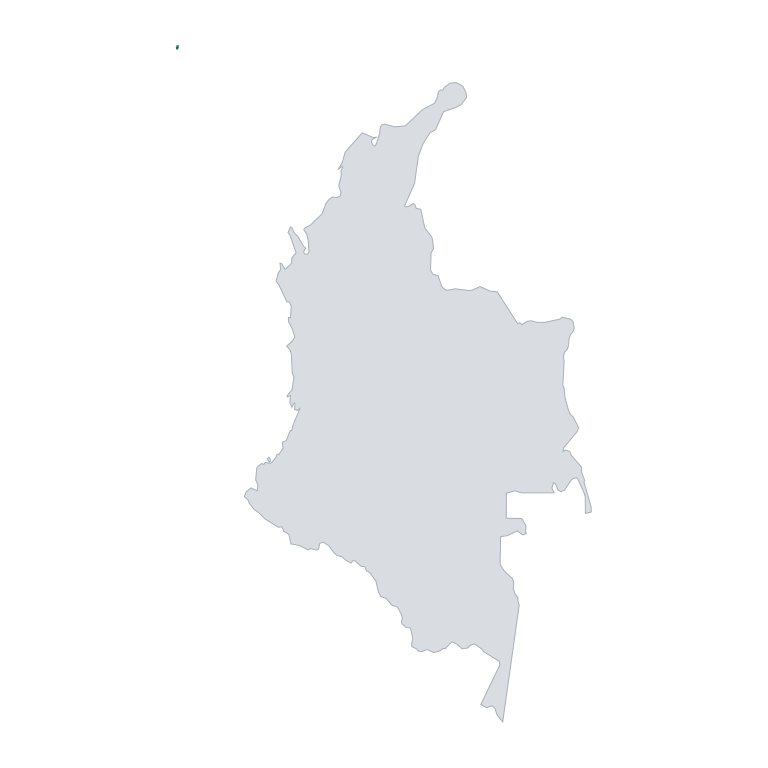 Providencia (Santa Isabel), San Andrés y Providencia, Colombia shown in context
{"feature_id": "7082276B29529138088476", "entity_name": "Providencia (Santa Isabel)", "entity_type": "district", "adm_level": 2, "iso_a3": "COL", "parent_name": "Colombia", "parent_adm1": "San Andrés y Providencia", "projection": "equal_earth", "projection_center": [-81.369, 13.358], "detail": "medium", "context": "in_parent", "style": "filled", "palette": "teal", "viewbox_px": 768, "rotation_deg": 0, "n_neighbors": 0, "source": "geoboundaries", "source_scale": "gbopen_adm2", "svg_char_len": 4369}
<svg xmlns="http://www.w3.org/2000/svg" viewBox="0 0 768 768"><path d="M461.5,104.3L455.5,107.6L443.6,111.7L435.6,129.6L430.0,132.8L423.2,143.4L418.3,156.5L414.6,183.3L404.6,206.0L405.5,207.0L409.5,206.0L413.3,203.5L414.7,204.3L416.2,208.3L420.8,209.3L424.7,227.7L431.8,237.1L432.6,240.7L433.6,248.4L431.1,253.0L430.5,269.9L432.7,274.1L438.1,275.8L441.7,286.3L443.9,288.8L447.1,290.4L454.9,288.8L468.9,290.5L472.2,290.2L480.0,286.6L490.0,291.1L497.3,291.8L517.6,323.6L519.6,322.7L522.1,324.5L527.2,321.3L531.5,320.8L537.2,322.4L544.8,322.4L559.9,319.1L562.2,317.2L570.5,319.1L573.0,321.5L574.2,327.4L573.3,331.1L570.4,334.8L568.9,339.5L568.6,345.3L567.1,349.6L564.5,352.3L563.5,356.4L564.1,361.7L562.8,385.7L564.0,387.7L565.0,397.5L568.5,410.4L570.2,414.1L573.2,417.0L578.6,427.6L577.4,431.2L563.8,447.7L563.1,451.5L565.7,450.0L569.9,451.5L571.4,455.5L581.6,467.1L581.5,471.5L584.5,480.1L584.0,482.1L591.1,506.8L591.3,512.0L585.4,513.4L585.2,496.9L584.3,493.5L577.7,478.8L576.3,477.6L571.8,479.3L564.5,490.1L561.0,491.7L558.2,490.2L555.4,483.8L553.6,482.6L551.9,488.0L554.1,492.8L521.5,492.8L515.1,490.8L506.4,493.3L506.3,518.2L521.8,518.6L526.0,525.8L525.6,531.6L526.3,533.7L522.6,534.9L517.2,530.9L507.6,535.6L500.6,536.7L500.1,564.4L504.4,571.2L512.6,578.6L513.8,583.6L513.2,588.4L515.2,594.3L517.9,597.4L517.9,601.0L519.2,605.0L502.7,721.9L497.0,714.8L494.9,708.3L492.1,705.7L486.7,707.7L480.8,704.5L499.9,664.8L499.2,661.3L483.5,651.6L481.9,649.1L474.4,643.9L470.2,645.4L467.9,648.0L462.1,648.8L457.5,644.6L452.0,641.8L445.4,648.5L443.4,648.4L438.7,651.4L433.6,652.5L427.1,649.5L421.8,651.6L418.1,651.1L416.7,649.0L412.0,646.7L411.5,644.0L412.8,639.1L410.8,629.4L410.0,627.8L406.4,627.6L402.2,624.1L401.4,622.1L402.3,618.1L401.5,614.8L397.5,607.1L391.8,605.1L386.3,598.6L380.9,596.4L378.3,591.7L376.0,581.4L370.3,573.2L366.3,570.5L365.0,566.7L360.9,566.3L355.4,561.0L352.9,560.6L351.2,563.1L346.1,560.5L341.7,556.6L337.2,555.6L334.2,553.2L328.8,545.7L323.1,542.1L319.7,543.4L318.6,549.0L316.7,550.0L310.0,548.5L308.9,549.7L307.1,549.5L299.0,545.3L290.9,543.9L288.9,534.5L283.7,531.2L282.1,526.8L278.5,527.3L264.7,518.8L259.0,512.9L254.2,509.6L249.1,503.0L248.3,500.4L244.4,496.5L246.3,491.6L251.0,487.9L257.2,490.8L257.9,485.0L255.7,479.9L256.7,468.3L258.4,465.8L261.7,463.5L263.8,464.4L265.2,462.4L270.2,463.3L271.7,462.5L275.6,457.9L277.2,454.1L278.9,454.5L283.0,448.3L282.3,442.1L286.2,440.7L290.2,430.5L292.0,430.2L292.9,425.4L299.9,408.5L297.3,410.5L294.6,409.3L295.0,403.6L294.1,402.9L291.9,407.3L289.9,402.8L290.4,395.6L287.2,397.0L287.4,395.3L292.0,389.9L293.9,377.4L292.3,373.0L291.3,354.3L290.5,350.8L286.7,346.1L292.7,340.8L294.8,336.8L292.1,328.5L288.5,321.6L288.4,317.4L290.5,317.8L291.3,306.3L289.3,301.9L286.8,301.8L278.9,284.8L276.1,281.2L278.2,273.1L280.6,269.4L280.0,263.2L281.6,263.5L285.0,269.2L286.4,268.3L291.7,263.0L291.8,258.0L296.1,252.8L290.0,235.4L288.0,232.6L290.4,227.0L291.8,227.4L294.1,232.8L297.9,236.4L303.4,246.1L305.8,248.3L304.1,250.4L303.8,252.7L304.6,254.0L307.7,254.3L309.0,251.6L308.1,239.8L306.7,233.9L303.8,229.8L304.7,228.0L310.4,225.1L322.0,213.9L326.0,203.3L329.0,199.5L332.5,197.0L336.7,197.6L340.0,196.2L341.0,192.9L338.8,185.6L341.2,175.5L341.1,170.5L342.7,167.4L342.1,166.2L337.9,169.8L342.2,162.8L345.2,152.0L362.1,132.9L373.2,137.5L376.7,137.2L372.1,139.6L371.5,142.4L373.1,145.2L374.8,146.1L376.2,144.2L379.8,133.1L380.3,127.0L381.9,124.9L384.3,124.1L395.1,126.8L405.4,125.9L422.0,110.0L434.5,103.3L437.5,96.8L438.3,91.9L440.6,90.0L443.0,90.0L444.4,87.3L450.1,83.1L456.3,82.6L462.9,86.3L466.0,92.8L466.6,97.3L461.5,104.3ZM270.4,461.2L269.6,462.1L268.1,460.6L267.6,458.6L268.5,457.2L269.7,457.7L270.4,461.2Z" fill="#d9dde1" stroke="#a8b0b8" stroke-width="1"/><path d="M177.8,47.0L177.9,46.8L177.9,46.7L177.7,46.7L177.6,46.4L177.5,46.5L177.4,46.5L177.4,46.9L177.3,47.0L177.2,47.0L177.2,46.9L177.1,47.0L177.1,46.9L177.0,47.0L176.9,47.1L176.8,47.4L176.8,47.5L176.7,47.6L176.8,47.7L176.7,47.7L176.8,47.7L176.8,47.9L176.7,47.9L176.7,48.0L176.8,48.2L176.8,48.3L176.8,48.5L176.8,48.8L177.0,48.9L177.3,48.7L177.5,48.5L177.6,48.4L177.8,48.1L177.8,47.8L177.8,47.7L178.0,47.5L178.0,47.4L177.9,47.4L177.8,47.2L177.7,47.0L177.8,47.0ZM177.4,46.1L177.2,46.1L177.1,46.3L177.1,46.5L177.4,46.5L177.4,46.4L177.5,46.4L177.4,46.4L177.4,46.2L177.5,46.1L177.4,46.1L177.4,46.1Z" fill="#14b8a6" stroke="#0f766e" stroke-width="1.5"/></svg>